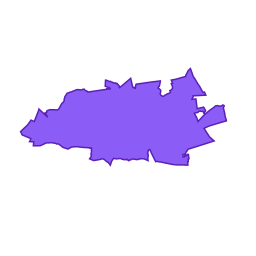 outline of Atlacomulco, México, Mexico, rotated 148°
{"feature_id": "50627088B32133726241460", "entity_name": "Atlacomulco", "entity_type": "district", "adm_level": 2, "iso_a3": "MEX", "parent_name": "Mexico", "parent_adm1": "México", "projection": "mercator", "projection_center": [-99.861, 19.816], "detail": "fine", "context": "isolated", "style": "filled", "palette": "violet", "viewbox_px": 256, "rotation_deg": 148, "n_neighbors": 0, "source": "geoboundaries", "source_scale": "gbopen_adm2", "svg_char_len": 5580}
<svg xmlns="http://www.w3.org/2000/svg" viewBox="0 0 256 256"><g transform="rotate(148 128 128)"><path d="M67.9,72.9L61.8,71.4L63.6,77.3L63.6,79.2L63.7,87.4L58.5,86.8L45.5,83.3L40.8,81.9L40.3,83.2L39.8,85.2L39.6,85.9L38.8,88.4L38.5,88.4L36.7,93.7L36.6,94.4L36.3,94.6L35.8,95.0L35.5,95.2L35.3,95.3L35.1,95.4L34.7,95.8L34.6,96.0L34.8,96.4L35.1,97.0L35.3,97.2L35.7,97.3L36.0,97.3L36.3,97.3L36.7,97.1L37.1,97.1L37.3,97.3L38.0,97.6L38.4,97.7L38.7,97.9L38.8,98.1L39.1,98.4L39.4,98.5L39.8,99.1L40.0,99.4L40.2,99.5L40.6,99.8L41.1,99.9L41.6,100.2L42.3,100.4L42.8,100.3L43.7,100.0L49.4,99.7L56.2,98.8L65.2,96.4L64.0,101.6L64.3,101.1L64.3,101.3L64.2,101.7L64.1,102.8L64.1,103.1L64.0,103.3L64.1,104.4L64.1,104.6L64.1,104.9L64.0,105.2L63.8,105.4L63.5,105.4L63.3,105.3L62.7,105.1L61.7,104.6L61.2,104.4L60.8,104.3L60.6,104.2L59.7,104.3L59.4,104.5L59.1,104.6L58.8,104.6L58.4,104.4L58.2,104.2L57.0,103.2L56.8,103.1L56.2,102.8L55.7,102.2L55.5,101.8L55.5,101.6L55.6,101.1L55.9,100.6L55.9,100.4L55.7,100.3L55.2,100.4L54.8,100.7L54.6,101.0L54.4,101.1L53.4,101.3L53.0,101.5L52.8,105.6L59.1,107.8L55.0,116.7L58.6,118.4L57.7,119.1L56.3,119.8L56.0,120.3L55.8,120.8L44.6,114.6L44.1,117.9L45.6,118.6L45.2,125.4L45.4,128.4L45.2,134.8L45.4,136.8L45.1,138.3L44.8,139.7L44.5,140.8L44.4,141.3L44.1,143.0L43.9,143.4L43.6,145.4L46.7,144.7L47.2,144.4L48.8,143.3L50.1,142.7L51.0,142.1L51.9,141.2L61.8,144.1L65.9,145.7L66.4,142.4L67.8,142.7L68.1,140.5L69.0,138.2L71.1,137.3L72.7,137.6L73.0,135.8L74.0,135.6L75.7,135.9L77.0,136.2L77.9,136.1L78.6,136.1L79.7,136.3L80.7,136.1L81.1,136.1L81.5,136.2L81.9,136.6L82.7,138.5L82.8,139.4L82.5,140.1L81.3,141.1L80.3,142.5L80.3,143.0L80.7,144.7L80.9,145.2L81.4,146.0L80.0,146.8L79.3,146.8L75.8,150.4L75.6,150.8L84.4,154.9L97.3,160.6L97.8,160.8L98.6,160.4L99.2,159.6L99.5,159.4L100.2,158.5L100.3,158.3L100.8,157.7L101.0,157.8L101.2,158.1L101.0,158.4L100.8,158.6L101.1,158.7L101.5,158.6L101.0,158.8L101.2,159.0L101.5,158.9L101.9,159.5L102.1,159.6L102.0,159.9L102.0,160.0L102.3,160.3L99.4,168.7L113.7,166.6L113.8,167.3L113.1,168.0L113.2,168.5L113.3,169.7L113.9,170.4L113.9,170.7L113.8,170.9L113.6,171.0L113.5,171.3L114.9,172.9L115.1,172.8L115.5,172.9L115.5,173.1L115.8,173.5L116.3,174.0L116.6,174.1L116.6,174.6L116.8,174.9L117.0,174.8L117.2,175.1L117.5,175.3L117.9,175.9L117.9,176.6L119.0,177.3L119.2,177.5L119.8,178.3L120.7,179.6L121.1,180.1L121.7,180.5L125.2,175.5L122.1,171.4L122.2,171.1L122.6,170.6L125.1,172.5L125.3,172.0L142.9,179.7L142.9,180.1L143.3,181.1L143.7,181.7L144.2,182.1L144.4,182.5L144.4,183.2L144.4,183.9L145.2,184.5L145.9,184.8L146.5,184.8L147.1,184.8L147.5,185.1L150.2,187.2L151.0,187.5L151.3,187.6L151.5,187.8L151.8,187.8L152.9,188.0L153.1,188.0L154.1,188.2L154.7,188.3L155.7,188.5L156.9,188.6L157.3,188.7L157.7,189.0L158.4,189.2L159.1,189.2L161.0,189.7L161.5,189.7L161.8,189.5L162.3,189.2L162.8,189.0L163.4,188.7L164.4,188.3L165.2,187.8L165.6,187.3L165.8,187.1L166.2,186.8L166.4,186.7L166.6,186.4L167.1,186.0L167.3,185.4L167.5,185.2L168.5,184.5L169.2,184.2L169.6,184.1L170.4,184.1L170.8,184.0L171.5,183.6L172.3,183.3L172.8,183.0L173.1,182.8L175.4,181.5L176.2,181.0L176.7,180.9L177.6,180.7L178.0,180.7L179.6,181.6L181.5,183.0L182.0,183.3L182.6,183.6L183.0,183.9L183.4,184.1L184.0,184.6L184.3,184.9L185.2,185.1L186.1,185.3L187.0,185.5L187.7,185.5L188.0,185.3L188.4,185.0L188.8,184.2L189.7,184.5L190.1,184.5L190.3,184.6L190.4,179.6L192.8,188.7L193.5,191.2L193.8,190.8L204.0,183.2L206.1,186.1L211.5,183.8L221.0,181.9L221.4,178.2L216.0,170.6L217.5,169.3L218.7,168.6L215.3,166.2L217.7,163.1L211.9,159.5L205.0,158.6L203.0,157.3L201.4,156.6L198.6,154.3L197.5,153.3L197.0,152.2L195.7,151.7L194.4,148.9L193.9,147.3L193.5,146.1L191.3,143.4L189.9,141.9L188.5,141.9L186.0,141.7L184.4,141.0L183.2,140.3L182.9,140.2L182.1,139.7L181.0,139.0L180.5,138.9L179.4,137.6L178.5,137.1L177.0,135.8L173.8,133.5L170.9,131.4L170.7,131.2L170.9,131.0L169.6,130.2L171.1,128.3L171.1,128.1L171.1,127.7L171.3,127.5L172.1,126.6L172.9,125.8L173.6,124.9L173.4,124.3L174.6,123.1L175.3,122.9L176.9,122.2L174.4,118.6L172.3,117.7L168.8,116.3L166.1,115.5L165.8,115.2L165.6,115.1L164.6,113.4L164.5,113.0L164.5,112.8L164.5,112.6L163.5,109.9L163.1,109.6L162.9,108.1L162.8,107.3L162.8,106.4L162.8,105.8L162.2,106.2L161.2,107.1L160.9,107.2L159.8,108.3L159.3,108.5L159.0,108.7L158.2,109.1L157.4,109.4L156.2,109.9L155.2,108.8L154.3,108.0L151.4,106.6L151.2,106.5L150.7,106.2L150.3,105.9L149.7,104.8L148.8,104.0L148.7,103.9L148.3,103.6L148.3,103.3L148.2,103.2L147.7,103.0L147.3,102.7L146.1,102.1L145.7,101.5L145.4,101.7L145.4,101.3L144.8,100.8L144.8,100.5L144.6,100.1L144.6,99.8L143.2,99.8L142.6,99.6L142.2,99.5L141.7,99.6L141.2,99.6L140.9,99.5L140.1,98.9L139.7,98.5L138.7,97.9L137.9,97.0L137.0,96.4L136.3,96.0L135.6,95.9L134.5,95.5L133.9,95.6L133.3,95.0L130.9,93.5L130.6,93.2L129.8,91.9L129.3,91.3L128.3,89.7L127.4,91.6L126.8,92.4L126.4,92.7L125.8,93.5L125.7,93.7L125.4,94.0L125.3,94.4L125.2,94.5L125.1,94.9L124.9,95.0L124.8,95.3L124.8,95.6L124.9,95.8L124.8,96.3L124.3,96.5L124.0,97.0L123.4,97.4L123.3,97.6L123.3,97.8L123.1,97.9L122.7,98.3L121.7,98.4L120.9,98.3L121.4,94.4L121.6,92.8L122.4,84.8L121.2,84.3L119.9,83.2L119.3,82.6L118.5,82.1L118.0,81.6L114.9,78.5L113.0,76.8L109.9,73.8L107.3,71.7L105.9,70.7L100.4,67.2L98.7,65.9L97.6,65.3L96.9,64.8L95.2,67.8L94.7,67.6L93.3,69.9L92.6,69.6L90.8,73.6L91.5,74.1L91.8,73.4L92.9,74.2L93.3,74.4L93.9,73.5L94.7,74.3L95.0,74.0L95.6,73.7L96.6,74.2L95.5,76.4L93.5,75.5L93.1,75.7L93.0,75.8L92.4,76.2L92.2,76.4L91.9,76.5L91.7,76.6L91.4,76.8L90.9,77.2L90.6,77.3L90.4,77.3L90.2,77.2L88.5,78.1L88.1,78.1L67.9,72.9Z" fill="#8b5cf6" stroke="#5b21b6" stroke-width="1.5"/></g></svg>